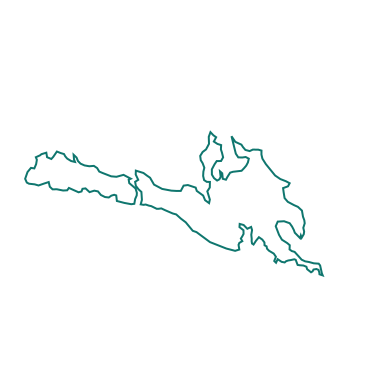 outline of Taean-gun, South Chungcheong, South Korea, rotated 118°
{"feature_id": "91817680B59614790278386", "entity_name": "Taean-gun", "entity_type": "district", "adm_level": 2, "iso_a3": "KOR", "parent_name": "South Korea", "parent_adm1": "South Chungcheong", "projection": "albers", "projection_center": [126.283, 36.694], "detail": "fine", "context": "isolated", "style": "outline", "palette": "teal", "viewbox_px": 384, "rotation_deg": 118, "n_neighbors": 0, "source": "geoboundaries", "source_scale": "gbopen_adm2", "svg_char_len": 3418}
<svg xmlns="http://www.w3.org/2000/svg" viewBox="0 0 384 384"><g transform="rotate(118 192 192)"><path d="M220.6,123.2L216.8,126.1L214.7,126.3L211.8,124.5L210.2,127.0L207.7,126.8L204.8,126.8L201.6,128.6L200.7,133.6L197.8,134.9L196.9,130.9L198.5,125.9L195.1,123.4L197.4,121.1L201.9,119.6L205.3,117.3L207.5,116.2L209.3,114.8L209.5,113.0L205.0,112.6L200.5,111.7L201.0,107.6L202.5,104.4L205.0,102.9L205.0,100.6L206.8,99.2L207.7,96.5L208.0,90.9L209.8,87.5L214.3,87.0L215.0,84.6L211.1,84.8L211.6,80.1L210.7,77.1L208.9,76.4L207.3,74.9L205.7,72.8L203.4,70.1L203.2,68.6L206.8,64.5L206.1,62.5L204.6,59.1L204.3,55.9L206.1,54.1L207.0,49.2L205.5,48.3L203.4,48.3L201.6,46.0L201.4,43.7L203.2,41.9L204.8,40.8L204.3,37.4L202.8,39.2L200.1,41.5L196.7,44.4L195.8,46.5L197.8,51.0L198.9,55.9L200.1,59.5L200.3,63.4L198.9,67.2L196.7,73.3L197.3,76.2L196.9,78.9L193.1,80.7L192.4,83.9L191.9,90.2L189.0,95.0L182.9,102.0L177.9,102.4L174.6,97.0L173.7,91.1L175.5,87.5L177.7,84.3L179.7,82.1L180.4,79.8L182.0,74.9L179.3,75.5L180.9,73.7L176.8,73.5L174.3,74.4L171.4,76.9L166.7,77.8L164.2,79.6L161.7,82.4L156.8,86.2L155.4,91.5L155.7,95.8L155.7,102.8L153.9,107.4L149.3,110.9L145.8,113.4L141.9,109.9L138.4,109.9L138.4,114.1L139.1,120.1L138.4,126.4L132.7,139.9L129.5,145.5L126.3,148.3L122.8,150.1L123.5,153.3L126.0,158.2L128.8,160.3L129.8,164.6L128.4,168.1L127.0,170.6L127.4,177.3L124.2,183.3L137.6,171.3L139.7,167.4L138.0,163.9L135.9,161.0L135.9,157.5L139.7,156.5L143.3,156.5L146.5,157.2L150.0,158.2L154.9,165.3L157.0,167.4L162.0,167.8L165.2,167.8L165.9,171.0L161.3,174.1L160.6,177.0L165.2,173.8L168.0,173.8L170.1,175.2L169.4,179.1L167.3,182.6L162.7,185.1L157.0,185.1L153.1,184.7L151.0,180.9L146.8,180.8L143.2,184.0L140.8,186.5L136.9,188.3L137.6,192.1L137.2,196.4L132.3,196.4L131.9,199.6L130.5,203.8L135.4,203.1L141.5,199.6L143.6,199.6L147.8,199.6L151.7,201.4L156.3,201.7L159.8,199.2L161.6,196.1L164.8,192.5L168.7,191.5L172.6,189.7L175.8,186.9L176.1,183.7L174.7,180.9L179.7,178.4L184.2,178.8L186.4,176.6L190.3,172.7L193.8,171.7L193.1,176.6L189.9,180.5L188.8,188.3L186.4,190.8L187.8,198.9L190.3,202.4L196.3,202.4L198.4,206.3L200.5,210.9L203.3,219.8L203.3,229.0L199.1,235.7L198.7,239.2L198.0,243.8L199.5,251.6L203.0,249.9L206.5,245.2L209.7,247.0L212.9,244.5L214.7,240.6L215.7,236.7L222.5,232.5L227.0,231.5L226.1,228.8L224.8,227.0L224.3,223.8L223.6,221.3L223.4,215.2L222.5,213.6L220.9,211.4L220.7,207.3L220.0,198.9L219.2,195.4L220.7,189.4L221.7,183.3L225.9,173.1L225.3,169.2L227.8,152.6L225.8,135.1L223.7,126.3L220.6,123.2ZM233.4,246.6L231.3,239.9L229.5,237.4L224.9,238.9L221.0,239.2L218.6,240.3L215.4,243.5L213.6,251.6L210.8,253.7L209.0,252.3L209.0,257.3L209.0,260.5L214.0,265.8L216.1,270.7L217.2,279.9L217.5,283.5L215.4,287.0L215.0,290.9L217.5,294.8L219.0,299.4L219.3,303.7L218.2,307.2L215.8,310.1L214.7,314.0L218.6,311.5L220.4,309.4L221.4,313.3L221.1,317.9L220.0,320.7L218.6,322.8L219.3,326.4L219.7,330.3L226.1,331.0L228.9,331.7L229.3,336.3L225.7,339.1L229.3,342.7L231.0,343.4L234.6,346.2L236.4,344.1L240.6,342.7L245.2,342.3L246.3,345.5L251.6,346.6L258.7,345.5L261.2,342.3L261.2,339.8L259.1,334.5L258.3,330.6L253.7,326.3L250.5,323.2L254.1,320.0L255.1,316.4L253.0,312.5L251.2,306.5L249.1,303.0L246.2,302.6L245.9,298.0L245.5,292.0L243.4,289.8L240.6,290.2L238.8,287.7L240.2,282.4L236.7,278.9L235.6,275.3L237.4,271.1L237.3,266.5L235.9,262.9L233.1,261.5L231.0,259.4L230.6,257.3L235.2,254.1L233.4,246.6Z" fill="none" stroke="#0f766e" stroke-width="2"/></g></svg>